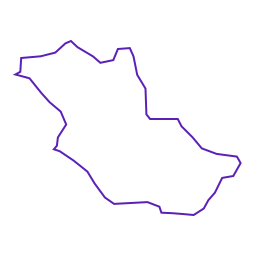 the district of Klippan, Skåne, Sweden
{"feature_id": "70781695B13105561347564", "entity_name": "Klippan", "entity_type": "district", "adm_level": 2, "iso_a3": "SWE", "parent_name": "Sweden", "parent_adm1": "Skåne", "projection": "orthographic", "projection_center": [13.278, 56.144], "detail": "fine", "context": "isolated", "style": "outline", "palette": "violet", "viewbox_px": 256, "rotation_deg": 0, "n_neighbors": 0, "source": "geoboundaries", "source_scale": "gbopen_adm2", "svg_char_len": 733}
<svg xmlns="http://www.w3.org/2000/svg" viewBox="0 0 256 256"><path d="M15.4,74.5L29.5,78.3L41.4,93.1L49.7,102.3L60.7,111.6L66.2,124.5L57.9,137.4L56.9,145.7L53.9,149.3L59.7,151.2L73.5,160.5L87.4,171.6L94.7,183.6L104.9,197.5L114.1,203.9L147.4,202.1L159.4,206.7L161.4,212.7L172.4,213.2L183.7,214.1L193.7,215.0L203.8,208.5L208.4,200.1L214.9,192.7L222.2,177.9L233.3,176.0L240.6,163.1L239.1,160.4L236.9,156.6L216.6,153.9L201.8,148.4L193.1,138.0L192.6,137.4L181.5,126.3L177.8,119.0L150.1,119.0L146.4,114.4L145.5,88.6L137.2,74.8L133.5,56.4L130.4,49.4L129.8,48.1L117.9,49.0L113.3,60.1L100.4,62.8L93.0,56.4L77.4,47.1L70.9,41.0L65.4,43.4L55.3,52.6L40.6,56.3L21.2,58.0L20.3,71.8L15.4,74.5Z" fill="none" stroke="#5b21b6" stroke-width="2"/></svg>